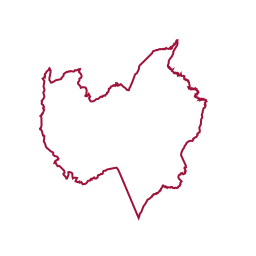 outline of North Gonja, Northern, Ghana, rotated 246°
{"feature_id": "2480657B69696031481498", "entity_name": "North Gonja", "entity_type": "district", "adm_level": 2, "iso_a3": "GHA", "parent_name": "Ghana", "parent_adm1": "Northern", "projection": "mercator", "projection_center": [-1.377, 9.69], "detail": "fine", "context": "isolated", "style": "outline", "palette": "rose", "viewbox_px": 256, "rotation_deg": 246, "n_neighbors": 0, "source": "geoboundaries", "source_scale": "gbopen_adm2", "svg_char_len": 5881}
<svg xmlns="http://www.w3.org/2000/svg" viewBox="0 0 256 256"><g transform="rotate(246 128 128)"><path d="M41.5,101.1L43.6,103.1L44.9,103.8L45.6,105.7L50.1,110.2L51.9,113.3L54.6,116.8L54.7,119.1L55.4,120.8L55.3,121.4L55.6,122.1L56.3,122.5L56.5,123.8L56.9,124.0L57.1,124.7L56.6,125.4L56.7,126.8L56.4,127.1L57.0,127.6L56.3,128.5L57.4,130.7L57.3,131.3L58.0,131.6L58.1,132.9L59.0,133.4L60.0,135.2L61.3,136.3L61.1,136.9L59.7,137.3L59.5,138.3L58.7,138.0L58.4,138.4L58.5,139.1L57.4,139.5L57.7,140.3L56.4,142.4L56.7,142.9L56.1,144.2L55.5,144.1L54.2,145.8L54.4,146.4L53.2,148.5L53.5,149.0L53.3,149.5L54.1,150.3L54.1,151.6L54.3,152.0L55.1,152.9L55.3,152.7L56.5,153.4L57.4,155.3L61.0,153.9L62.6,154.0L63.5,154.5L64.2,155.4L64.2,157.1L65.1,157.6L65.1,158.2L64.5,158.8L64.6,159.4L63.3,159.6L63.3,161.6L63.8,162.0L65.1,162.2L64.9,163.0L65.4,163.3L68.5,163.2L68.8,163.7L68.5,164.9L69.5,165.0L69.9,165.5L81.6,165.4L83.8,166.8L85.6,168.7L87.4,171.5L88.5,172.4L89.5,174.3L90.4,175.2L91.2,177.9L90.8,180.2L90.0,181.6L90.9,183.0L91.6,183.1L91.9,183.6L91.8,184.5L92.2,185.7L92.0,186.8L93.4,188.8L94.2,188.7L95.0,190.4L94.9,191.6L96.5,192.6L99.2,193.2L102.0,196.2L106.2,198.4L107.6,200.2L108.8,200.6L109.4,200.5L110.7,201.3L111.9,202.6L113.1,203.2L115.4,205.2L115.4,206.6L116.6,207.7L117.0,208.0L117.6,207.5L118.2,207.6L118.5,208.5L119.9,208.6L120.5,209.7L120.4,210.5L121.7,210.6L121.8,210.2L122.4,210.1L122.9,208.8L123.9,208.9L124.0,208.6L123.3,208.1L123.5,207.6L124.5,207.4L124.9,207.0L124.0,206.1L124.4,205.7L124.2,205.2L124.8,205.3L124.9,204.7L125.2,205.4L125.8,205.3L125.7,204.6L126.7,204.0L127.6,204.0L127.8,203.4L128.8,202.9L128.5,202.5L129.5,201.8L130.1,202.1L130.5,203.2L130.9,203.3L130.7,203.5L130.8,204.4L131.4,204.6L131.3,205.1L130.8,205.1L131.1,205.6L131.5,205.6L131.7,206.3L132.1,206.4L132.0,205.9L132.5,206.1L132.3,206.9L133.5,206.9L134.4,206.2L135.1,206.4L135.1,205.9L135.5,205.5L135.3,206.4L135.6,206.5L136.3,206.0L136.2,205.6L135.8,205.6L136.0,205.2L136.8,205.4L136.7,204.8L137.0,204.8L137.4,203.6L137.3,203.2L136.9,203.1L137.8,202.9L137.6,202.2L137.3,202.3L137.5,201.8L137.8,202.2L138.0,201.8L138.5,201.9L138.5,201.3L138.1,200.8L138.6,200.5L139.7,200.6L140.2,200.1L139.9,199.7L140.9,199.7L140.7,201.2L144.9,202.3L146.0,201.9L146.3,202.1L146.4,201.8L147.4,202.1L147.7,201.8L148.0,200.6L148.8,200.7L149.0,200.0L149.5,200.0L149.7,199.5L150.2,199.9L151.0,199.5L152.3,200.6L153.3,199.7L153.7,198.0L154.4,197.8L155.8,198.2L155.2,197.4L155.7,196.9L155.5,196.5L155.9,196.0L155.6,195.8L156.5,195.6L156.3,195.2L157.0,195.5L156.9,195.1L157.2,195.0L157.2,195.5L157.9,195.0L157.7,195.8L158.4,195.6L158.7,194.5L158.4,194.3L159.2,193.8L158.8,193.1L159.4,192.3L160.7,192.3L161.6,191.7L162.7,191.7L163.0,192.1L162.9,191.3L164.0,191.5L164.2,190.9L164.8,190.5L165.2,190.7L165.2,190.4L167.0,190.6L167.2,190.2L166.9,189.7L168.1,189.5L169.5,190.3L170.6,191.5L172.2,192.2L173.9,194.0L175.5,197.1L177.5,199.5L179.5,200.6L183.8,206.7L185.7,208.0L187.0,208.1L188.0,208.9L188.3,208.2L188.1,207.8L185.9,205.6L185.1,204.3L185.0,203.8L185.6,203.8L184.9,203.0L184.7,201.9L182.9,200.5L182.8,199.7L182.9,199.3L184.4,199.6L183.6,197.5L185.0,195.5L185.6,195.3L184.9,193.8L185.8,193.1L185.6,192.1L186.3,191.5L186.7,189.6L186.9,189.6L187.3,188.7L187.2,186.5L187.6,185.9L187.9,182.1L186.5,180.4L180.3,164.0L179.0,162.7L177.6,162.1L174.4,158.4L174.4,157.3L174.0,156.2L168.7,151.1L164.1,146.1L163.7,145.3L162.2,144.3L162.4,143.5L163.4,142.5L165.7,141.8L167.5,140.6L170.9,139.3L171.1,138.8L170.6,137.9L170.7,137.2L171.4,136.6L173.2,136.4L173.8,135.4L172.5,135.1L172.4,134.7L171.7,134.8L172.3,134.2L171.9,133.5L172.5,133.4L172.9,132.6L172.5,132.2L172.9,131.8L172.6,130.1L172.8,129.2L171.8,128.3L171.7,126.5L170.8,126.3L170.0,125.3L169.0,124.8L168.8,123.2L167.9,122.9L167.6,121.3L166.8,120.2L167.5,119.3L167.5,118.6L167.1,118.0L167.3,117.6L166.9,116.9L167.7,116.3L167.6,115.2L166.7,112.8L167.3,110.6L166.8,109.5L166.5,107.2L167.3,105.0L168.5,104.5L171.2,104.5L171.5,105.5L172.2,106.1L174.9,105.9L173.9,104.8L173.9,102.8L175.2,101.5L174.8,102.5L175.7,103.8L177.3,104.3L177.6,104.8L179.6,105.7L181.9,105.7L182.6,105.3L183.8,102.9L183.9,101.2L185.8,101.4L188.8,100.4L190.0,100.9L190.8,102.6L191.7,103.3L192.8,103.6L193.1,105.9L193.4,106.2L194.9,106.9L196.7,106.9L199.0,106.0L201.4,108.1L201.8,106.5L201.4,106.0L201.5,104.5L202.4,103.2L201.6,102.0L201.7,101.2L203.4,98.6L203.2,97.9L203.9,97.0L203.7,95.7L204.2,94.8L203.5,91.3L201.8,90.2L200.9,87.7L200.2,87.3L199.9,86.5L201.0,81.4L200.5,78.6L200.6,76.2L203.7,75.7L205.4,76.4L210.8,80.2L211.7,80.3L212.1,80.7L214.5,80.6L214.2,79.8L213.4,79.3L212.7,76.7L211.5,75.2L211.2,74.2L210.3,73.5L209.0,73.4L208.6,72.6L208.2,72.5L208.5,72.2L208.0,71.6L207.8,70.1L204.9,70.7L200.2,67.7L197.0,67.3L195.8,66.5L195.7,66.0L194.7,65.0L191.0,64.5L189.6,63.3L187.7,60.0L186.6,59.9L185.3,59.0L184.3,59.2L183.6,59.8L181.3,59.8L181.2,59.0L180.7,58.5L179.8,58.5L179.1,59.0L176.2,56.3L176.1,55.3L175.4,55.2L174.6,53.7L174.9,53.4L174.7,52.9L173.9,53.3L172.2,52.9L165.8,50.2L163.2,48.3L163.4,47.7L163.0,47.2L162.4,47.2L161.9,47.8L160.3,48.1L155.8,47.3L155.6,47.9L155.1,47.8L154.6,48.3L149.7,45.5L148.3,45.9L143.7,45.4L138.1,48.0L136.3,49.5L135.7,49.6L133.9,48.8L132.3,49.5L130.9,51.4L129.6,51.9L128.8,51.6L128.2,52.0L127.6,51.4L127.7,49.7L127.2,47.6L126.0,46.6L125.8,47.9L124.2,47.7L121.7,48.2L121.6,49.3L120.8,50.1L115.0,52.3L113.0,51.9L112.4,50.3L111.3,50.2L109.0,51.1L106.8,51.2L106.7,51.7L109.4,54.6L111.9,55.5L111.8,56.1L110.8,57.6L109.8,58.4L108.6,58.5L106.7,57.6L104.4,57.1L104.4,59.0L103.1,61.1L100.7,58.4L99.0,59.9L98.9,61.4L98.4,61.0L97.6,61.7L97.6,63.4L95.0,63.7L94.3,66.5L94.8,68.2L96.0,69.9L95.4,72.1L96.5,73.2L95.6,74.0L96.4,74.7L96.2,76.1L96.6,76.9L95.1,77.5L94.8,78.1L95.2,80.2L96.3,80.7L97.0,81.4L96.7,83.2L97.1,84.3L96.5,85.5L96.5,86.1L98.6,87.9L98.7,88.7L98.1,90.1L98.6,91.9L96.6,101.0L96.2,101.5L94.0,102.0L89.6,102.1L41.5,101.1Z" fill="none" stroke="#9f1239" stroke-width="2"/></g></svg>